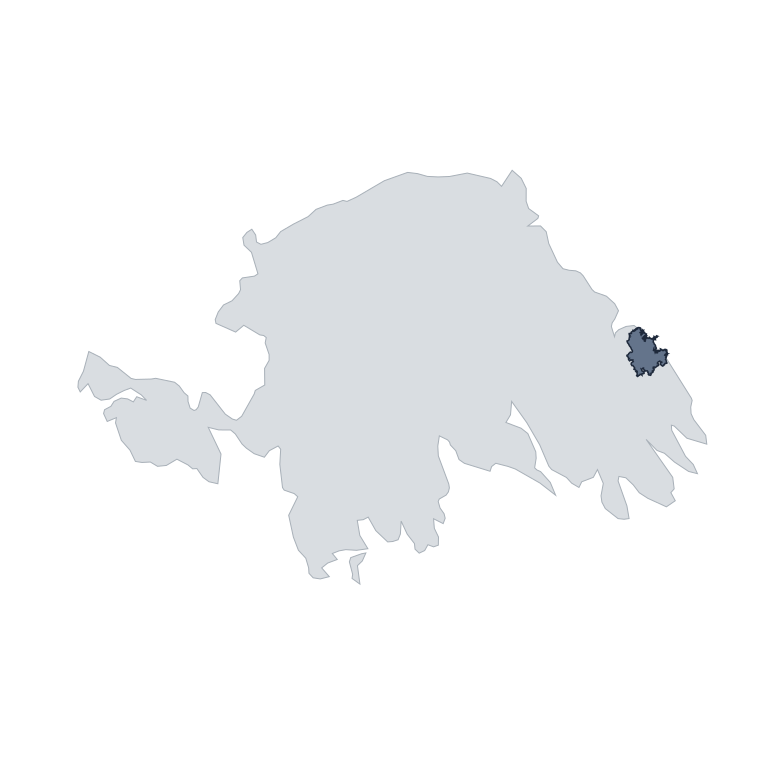 Bandon - Kinsale Lea-6, Cork, Ireland (highlighted), rotated 254°
{"feature_id": "5873133B71141720266314", "entity_name": "Bandon - Kinsale Lea-6", "entity_type": "district", "adm_level": 2, "iso_a3": "IRL", "parent_name": "Ireland", "parent_adm1": "Cork", "projection": "mercator", "projection_center": [-8.645, 51.706], "detail": "fine", "context": "in_parent", "style": "filled", "palette": "slate", "viewbox_px": 768, "rotation_deg": 254, "n_neighbors": 0, "source": "geoboundaries", "source_scale": "gbopen_adm2", "svg_char_len": 9567}
<svg xmlns="http://www.w3.org/2000/svg" viewBox="0 0 768 768"><g transform="rotate(254 384 384)"><path d="M473.4,132.3L459.1,142.4L456.9,146.3L452.9,161.7L452.4,166.1L443.4,183.2L438.4,186.7L430.8,189.4L426.5,192.2L421.2,190.8L414.3,191.0L410.9,194.1L411.1,196.4L413.1,199.1L425.8,207.0L425.0,210.2L421.5,213.9L398.8,223.1L392.1,228.6L389.8,232.2L392.2,238.3L410.2,256.5L413.3,258.5L415.9,269.1L431.9,273.5L438.4,280.1L444.0,281.7L456.2,281.1L461.1,283.6L463.8,281.7L465.4,278.2L479.1,265.4L474.8,255.7L488.6,239.2L492.4,239.5L498.9,244.5L504.2,251.5L505.9,260.9L511.0,269.2L514.2,272.1L523.0,273.8L525.0,277.1L523.4,289.2L524.7,293.2L547.1,292.9L556.0,287.7L563.7,288.6L567.5,294.0L569.2,299.6L562.6,301.7L555.6,300.6L552.2,304.2L552.0,311.3L554.4,320.3L559.0,326.7L562.7,341.2L565.8,357.2L570.6,366.8L571.6,378.8L570.9,384.6L571.8,395.1L569.7,398.8L571.2,408.7L579.3,440.3L580.9,465.0L577.0,474.2L571.6,482.9L568.1,493.2L565.4,504.3L563.8,522.2L552.2,543.1L547.3,548.3L541.6,551.5L554.1,566.1L543.9,572.6L532.8,574.6L520.5,571.0L512.8,571.4L503.0,579.0L500.8,577.6L496.2,565.7L492.8,578.0L485.7,581.9L473.6,581.1L453.3,584.3L445.5,587.8L442.3,593.3L439.9,599.6L436.7,603.4L433.1,605.3L417.5,610.0L414.4,611.8L407.1,622.0L397.6,627.9L389.8,629.6L382.8,623.7L379.9,620.2L376.6,618.4L365.9,618.6L369.3,620.5L371.5,624.6L372.6,632.6L371.3,640.5L366.0,644.4L359.7,645.2L349.7,653.3L336.5,655.5L329.4,662.9L285.8,675.5L283.3,675.7L277.3,672.5L270.8,671.0L264.3,672.0L246.0,679.1L237.2,677.7L248.4,660.2L263.6,651.4L265.2,648.9L260.2,647.8L231.4,653.9L221.4,659.1L211.4,660.6L216.0,652.7L228.9,641.7L240.1,634.5L244.9,628.1L258.5,620.7L214.7,635.8L203.2,634.0L200.5,629.8L191.5,631.8L188.1,621.6L201.4,606.1L209.1,599.4L218.3,595.8L227.2,590.6L230.4,584.3L226.3,582.3L199.8,583.9L187.1,582.5L187.8,577.5L190.1,571.9L203.2,562.4L210.4,560.9L216.7,561.8L228.0,567.4L242.9,565.6L236.6,559.5L235.5,547.1L230.8,542.9L236.9,537.1L243.9,533.6L255.5,521.6L259.6,519.8L282.7,516.9L307.5,510.6L332.1,501.9L319.5,497.1L313.4,490.6L303.7,503.6L296.7,508.6L277.0,511.2L270.7,509.8L261.9,505.7L259.2,507.3L256.6,510.4L243.6,516.7L229.8,518.3L245.8,506.6L266.1,486.8L270.6,480.5L277.0,469.6L275.0,464.7L270.9,461.9L285.6,439.4L290.7,435.3L300.1,434.6L307.1,431.0L310.1,431.0L312.8,429.7L318.9,422.9L309.5,418.6L299.9,416.4L270.1,418.7L266.1,418.2L262.5,416.1L260.1,413.1L258.2,405.4L256.1,403.7L249.3,403.7L242.7,406.0L238.1,405.8L233.5,402.4L240.8,394.5L231.4,392.6L221.9,394.2L214.1,391.8L213.8,386.8L217.4,381.9L212.7,377.2L211.7,371.2L216.7,368.3L222.2,369.3L233.3,364.9L247.5,362.7L235.3,358.4L230.4,354.6L230.2,348.9L231.2,344.0L245.3,335.7L260.4,332.1L259.3,326.6L260.3,320.7L245.1,319.0L230.1,323.1L231.7,311.8L235.3,301.6L236.0,294.8L235.3,287.6L228.2,290.7L227.4,280.5L224.4,273.4L213.9,278.3L214.2,269.0L217.2,262.5L222.7,259.7L228.1,260.9L238.1,260.8L247.8,255.9L261.8,254.7L284.1,256.2L299.4,270.0L303.4,267.5L309.5,258.8L312.4,257.9L335.4,261.7L349.8,266.7L353.6,265.1L351.5,255.4L346.6,248.8L352.8,240.0L360.3,234.0L365.4,231.0L377.0,227.3L382.1,223.9L385.4,212.5L390.8,203.1L361.6,208.0L333.9,196.8L338.3,188.8L344.1,184.3L354.3,180.8L355.2,176.7L360.3,173.2L368.8,164.2L365.7,152.3L367.3,143.6L373.4,137.9L375.3,129.7L378.1,123.7L390.4,121.6L402.3,116.0L420.6,115.2L425.4,117.5L424.3,107.6L432.9,106.3L436.3,108.3L437.8,115.3L441.7,119.7L442.9,127.5L440.3,133.5L435.9,138.1L439.9,142.8L433.7,151.3L440.4,147.7L449.9,139.4L449.4,132.6L447.8,124.0L445.2,116.2L446.4,107.6L451.8,102.3L465.9,99.6L460.1,89.8L465.3,88.9L470.9,91.0L479.1,98.6L496.6,109.2L488.0,118.6L477.5,125.2L473.4,132.3ZM227.0,315.6L226.6,320.0L219.9,314.4L216.7,308.4L198.3,305.7L205.9,299.7L209.7,301.4L222.6,301.7L226.3,304.2L227.0,315.6Z" fill="#d9dde1" stroke="#a8b0b8" stroke-width="1"/><path d="M344.8,625.7L344.4,625.3L343.7,625.3L342.5,626.2L341.7,626.0L341.1,626.5L341.0,626.8L340.4,625.9L340.0,625.8L338.7,626.4L338.5,626.5L338.9,627.5L339.2,627.8L339.2,628.1L338.9,628.5L338.7,628.5L338.7,629.2L338.5,629.4L338.5,629.8L338.0,629.6L336.8,629.8L336.7,628.9L335.9,627.4L334.8,627.0L333.3,627.4L333.2,628.3L330.4,629.4L330.1,629.4L329.7,628.6L329.2,628.3L328.8,628.7L328.5,629.4L327.5,630.0L327.1,630.0L326.9,629.8L326.8,630.2L326.4,630.2L326.3,629.7L326.1,629.9L326.3,630.8L325.8,630.8L325.6,630.2L324.5,630.3L323.3,629.9L322.9,630.0L322.6,629.2L322.0,629.3L321.3,629.9L321.8,631.0L322.1,631.2L322.0,631.9L322.2,632.4L322.6,632.8L322.4,632.9L322.5,633.9L322.0,634.0L321.4,634.4L322.6,634.6L322.7,635.4L322.4,636.0L322.5,636.9L323.2,637.1L324.4,636.7L324.6,636.4L325.0,636.2L325.6,635.5L326.1,635.6L327.3,635.5L327.1,635.7L327.2,636.3L327.9,637.2L327.8,637.8L327.1,637.5L326.4,637.9L325.3,637.9L324.8,638.2L324.9,638.4L324.5,638.4L324.7,638.9L324.3,639.3L324.2,640.0L324.3,640.4L324.1,640.7L323.0,641.1L322.4,641.1L322.4,640.8L322.2,640.7L321.0,641.4L320.4,641.1L320.3,640.8L319.7,641.0L319.2,642.1L318.9,642.5L319.2,643.2L320.1,643.5L320.7,643.4L320.7,644.0L321.1,645.6L322.1,645.4L322.6,645.6L322.5,646.5L322.3,646.6L323.1,647.5L324.1,647.8L324.5,647.0L325.9,647.4L325.9,648.4L325.0,649.1L325.2,649.4L325.4,650.4L326.1,651.5L325.9,651.6L325.9,652.1L326.4,653.2L327.4,653.5L327.7,653.3L327.9,652.9L328.0,653.1L328.9,653.0L329.0,652.8L329.8,653.9L329.8,655.1L330.0,655.5L328.9,655.8L328.5,656.4L328.7,656.9L328.4,657.1L328.2,656.8L328.4,656.5L328.2,655.6L326.7,655.2L325.4,655.9L324.4,656.8L324.6,657.7L325.3,658.3L325.1,658.6L325.2,658.9L325.8,659.2L326.2,658.9L326.0,659.3L326.4,660.0L326.1,660.4L326.2,660.7L326.1,661.1L326.3,661.5L326.1,661.6L326.2,661.8L326.8,661.6L329.4,661.7L330.0,661.4L330.2,661.7L331.3,662.4L331.7,662.2L331.8,662.5L332.3,662.4L332.5,663.1L332.9,663.4L334.0,662.7L334.3,662.0L334.2,661.9L334.3,661.8L334.8,662.3L334.6,662.6L334.7,662.8L334.6,663.0L334.9,663.0L335.1,663.3L334.9,663.9L334.4,664.2L334.5,664.3L334.3,664.5L335.0,664.6L335.0,665.0L335.4,664.4L335.7,664.0L336.0,664.5L335.8,664.5L336.0,664.7L335.9,664.8L336.1,664.7L336.3,664.9L337.1,664.3L337.3,664.5L337.2,664.7L337.9,664.7L338.1,664.9L338.0,665.1L338.5,665.2L338.6,664.8L339.0,664.9L339.1,664.6L338.9,664.1L339.5,664.2L339.5,663.9L339.8,663.8L339.9,663.3L339.5,662.8L339.7,662.5L339.1,662.2L339.2,661.5L339.7,660.9L340.4,660.7L340.5,660.4L340.2,660.3L340.5,660.1L340.5,659.9L341.3,659.8L341.6,659.4L340.5,659.3L340.4,659.0L340.9,658.8L339.9,658.7L339.5,658.1L339.6,657.6L339.9,657.7L340.3,657.5L340.2,657.2L340.8,656.8L340.7,656.5L341.0,656.1L341.0,655.6L341.2,655.4L339.9,655.5L339.4,655.9L338.7,655.6L338.6,655.0L339.6,653.9L339.3,655.1L339.5,655.2L339.6,654.2L339.8,653.7L339.6,653.8L339.6,653.5L339.4,653.3L339.8,653.3L340.0,653.9L340.5,654.3L341.4,654.2L341.5,653.7L342.2,653.1L341.8,652.7L341.6,653.0L342.0,652.3L342.9,652.8L342.4,652.8L342.3,653.3L342.8,654.1L342.6,654.3L343.0,654.8L343.0,655.3L343.3,655.7L344.7,655.5L344.9,655.0L345.1,655.4L345.7,655.3L346.2,655.6L347.4,655.2L347.7,654.8L348.9,654.8L350.2,654.3L351.0,654.8L351.7,654.9L352.0,655.3L352.0,655.5L352.1,656.0L352.4,656.3L352.3,656.7L352.4,656.9L352.0,657.2L353.3,657.5L353.5,658.0L353.8,658.0L353.9,658.5L353.6,659.0L353.6,659.3L354.6,659.9L354.6,660.1L355.2,659.4L354.9,659.1L355.0,659.0L354.9,658.8L354.2,658.6L354.0,658.1L354.1,657.6L354.3,657.5L354.2,657.3L355.2,656.7L354.0,656.2L354.2,655.9L353.7,655.6L353.7,655.4L353.8,655.1L353.0,654.7L353.2,654.0L353.6,653.9L353.5,653.7L353.9,653.4L353.9,653.1L355.0,652.4L354.7,652.4L355.0,652.1L354.7,651.9L355.2,651.2L355.3,651.1L355.2,650.8L355.3,650.7L355.1,650.4L355.6,650.0L355.6,649.5L355.9,649.3L355.9,648.7L355.4,648.3L355.0,648.3L355.5,648.1L356.0,648.6L356.1,649.2L356.8,649.4L357.0,649.2L356.9,649.1L356.9,648.8L357.2,648.7L357.5,648.2L356.6,647.5L356.5,646.9L357.0,646.2L356.8,646.1L356.5,646.2L356.2,647.0L354.7,647.7L354.2,647.5L354.0,647.0L353.5,646.7L353.5,646.9L353.2,646.8L353.7,646.1L354.2,646.2L355.1,647.0L356.1,646.4L356.1,646.0L355.7,645.4L356.2,645.2L356.0,645.6L356.6,645.4L357.0,645.5L357.7,646.2L357.7,646.7L358.0,646.9L358.1,647.5L358.5,647.8L358.3,648.1L358.6,648.5L358.0,649.4L358.3,649.6L358.3,649.9L359.1,649.6L359.8,650.0L360.2,649.1L361.2,648.6L361.5,648.7L361.7,648.1L361.4,648.1L362.1,647.3L361.6,647.0L361.1,646.5L360.8,646.0L360.4,644.9L360.1,644.6L360.7,644.5L361.4,644.9L361.2,645.8L361.7,646.5L362.0,646.6L362.3,646.3L362.3,645.9L362.8,645.5L362.6,645.0L362.9,644.6L362.8,643.7L363.0,644.4L363.0,645.5L363.3,645.9L363.0,646.2L362.8,646.9L362.9,647.1L362.5,647.8L362.8,648.2L363.2,648.3L363.9,647.8L364.1,648.0L364.1,647.7L364.5,647.4L364.4,647.2L364.6,647.2L364.2,646.7L364.5,646.0L365.0,645.7L365.4,645.7L365.5,645.6L365.4,645.5L366.0,645.4L366.5,645.6L366.5,645.8L366.8,645.6L367.1,645.9L367.0,646.0L367.7,646.0L367.4,645.9L367.4,645.5L368.0,644.7L367.9,644.4L368.2,643.8L367.9,643.4L368.1,642.9L368.0,642.6L367.1,642.8L367.0,642.2L367.6,641.9L367.7,641.7L367.6,641.2L366.8,639.8L366.9,639.6L366.3,638.5L366.1,639.9L366.0,639.7L365.8,638.6L366.9,638.1L366.2,637.5L365.8,636.4L365.8,636.1L365.3,635.7L364.5,635.8L364.4,635.4L364.8,635.2L364.7,633.8L364.9,633.6L364.7,633.4L363.6,633.4L363.6,633.6L362.7,633.8L363.0,633.3L362.0,633.0L361.2,633.1L361.2,632.8L360.6,632.3L359.0,631.9L358.8,631.3L358.5,630.9L358.4,630.4L358.1,629.8L358.3,629.5L358.1,629.4L356.4,629.5L355.2,630.1L354.7,630.1L354.4,630.3L353.5,630.3L352.1,630.8L351.5,631.2L348.6,631.5L347.9,632.0L346.8,631.8L346.2,631.2L346.1,630.6L346.4,630.1L346.7,629.8L346.7,629.3L346.3,628.9L345.9,627.8L344.7,626.6L344.8,625.7ZM355.8,649.6L355.8,649.8L356.4,649.6L356.1,649.4L355.8,649.6ZM334.4,664.9L334.6,664.8L334.4,664.9Z" fill="#64748b" stroke="#1e293b" stroke-width="1.5"/></g></svg>